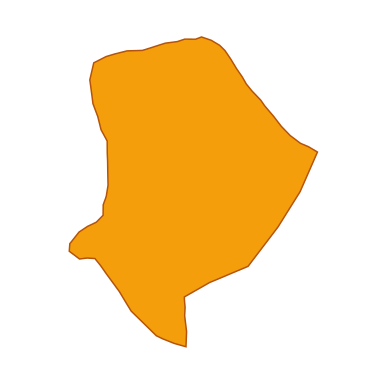 Ogori/Magongo, Kogi, Nigeria, rotated 82°
{"feature_id": "59680162B76072611977433", "entity_name": "Ogori/Magongo", "entity_type": "district", "adm_level": 2, "iso_a3": "NGA", "parent_name": "Nigeria", "parent_adm1": "Kogi", "projection": "orthographic", "projection_center": [6.159, 7.479], "detail": "fine", "context": "isolated", "style": "filled", "palette": "amber", "viewbox_px": 384, "rotation_deg": 82, "n_neighbors": 0, "source": "geoboundaries", "source_scale": "gbopen_adm2", "svg_char_len": 1006}
<svg xmlns="http://www.w3.org/2000/svg" viewBox="0 0 384 384"><g transform="rotate(82 192 192)"><path d="M169.9,62.2L163.5,70.2L158.9,77.8L149.8,86.9L139.3,94.5L128.7,100.5L116.7,108.1L110.7,111.1L100.1,118.7L92.6,123.2L85.1,126.2L76.1,130.7L65.6,135.2L56.5,139.7L50.5,144.3L44.4,151.9L39.8,161.0L41.2,167.2L39.6,177.9L41.0,185.5L40.9,197.8L44.9,221.4L43.2,236.7L44.5,248.9L45.9,258.1L50.4,271.3L66.8,277.6L71.8,277.6L84.6,277.7L90.7,277.8L104.2,274.8L117.7,273.4L129.7,268.9L141.6,270.5L149.9,271.3L160.2,272.6L173.6,274.2L184.0,277.4L186.9,278.8L188.9,279.9L192.3,281.7L202.7,283.3L208.6,291.0L211.5,300.2L215.9,309.4L226.2,320.2L233.6,321.8L242.7,312.7L242.8,305.0L244.4,297.4L247.4,295.6L251.9,292.9L260.9,288.3L280.5,277.8L290.4,273.6L301.5,268.8L329.4,247.3L333.3,241.5L339.4,230.8L344.4,219.5L329.5,216.8L313.6,216.5L305.3,214.9L297.3,214.5L294.8,214.1L284.1,187.2L273.4,146.8L268.6,142.0L259.2,132.5L238.7,111.8L206.7,84.9L169.9,62.2Z" fill="#f59e0b" stroke="#b45309" stroke-width="1.5"/></g></svg>